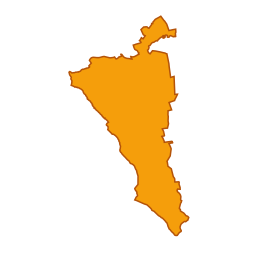 Subcetate, Harghita, Romania, rotated 267°
{"feature_id": "2599482B74327350474583", "entity_name": "Subcetate", "entity_type": "district", "adm_level": 2, "iso_a3": "ROU", "parent_name": "Romania", "parent_adm1": "Harghita", "projection": "orthographic", "projection_center": [25.394, 46.866], "detail": "fine", "context": "isolated", "style": "filled", "palette": "amber", "viewbox_px": 256, "rotation_deg": 267, "n_neighbors": 0, "source": "geoboundaries", "source_scale": "gbopen_adm2", "svg_char_len": 5888}
<svg xmlns="http://www.w3.org/2000/svg" viewBox="0 0 256 256"><g transform="rotate(267 128 128)"><path d="M216.9,180.4L219.9,180.3L220.2,180.3L221.1,180.8L224.2,180.8L223.9,178.4L223.2,174.0L229.7,172.1L233.1,170.0L233.2,169.7L237.9,166.6L236.9,164.7L235.4,161.5L234.9,160.7L233.6,159.6L232.7,158.6L230.9,158.1L231.1,157.1L230.6,157.1L229.5,156.6L226.5,154.1L226.7,153.5L227.9,152.4L228.1,151.6L228.1,151.2L228.0,148.9L225.6,146.1L220.5,148.1L220.0,148.6L219.2,150.0L216.3,147.7L217.5,146.1L215.8,145.1L214.6,144.0L213.9,144.9L213.4,145.2L212.9,145.5L212.6,145.4L212.1,144.1L211.2,140.0L210.9,139.2L210.5,137.6L208.0,138.2L206.2,138.9L205.3,140.2L205.0,140.9L204.6,141.4L203.4,141.9L202.4,142.8L202.1,142.4L201.7,142.3L201.1,142.7L200.5,141.4L199.3,139.0L198.8,137.4L198.8,136.9L198.8,135.9L199.0,135.2L199.3,134.6L199.0,134.4L196.7,135.6L196.7,135.0L197.3,132.6L197.6,130.5L198.4,128.5L199.3,127.3L201.7,125.7L201.7,125.4L202.1,124.9L201.9,124.7L200.4,125.5L200.3,125.3L200.0,125.3L199.7,124.2L199.8,124.2L199.2,122.8L199.4,122.7L198.5,121.8L197.8,120.6L197.6,119.7L198.0,119.3L198.5,119.0L199.3,118.4L199.6,118.3L199.2,116.9L199.0,114.2L199.0,113.6L199.2,112.9L200.3,109.2L200.7,107.9L200.6,106.7L199.9,103.4L199.8,102.6L199.9,100.7L200.4,97.4L200.4,96.5L200.3,96.1L200.1,95.3L199.5,94.4L198.4,93.5L197.6,93.0L194.7,94.7L192.1,92.2L191.9,92.3L191.7,92.6L191.4,92.8L190.8,92.7L190.6,92.5L190.6,92.0L189.9,91.1L190.1,90.1L189.5,89.1L189.7,88.8L188.9,86.6L188.9,86.3L189.1,86.1L189.0,85.6L188.5,84.5L187.3,83.5L187.1,83.1L186.8,81.8L186.5,81.6L186.6,81.3L186.6,80.7L186.4,79.1L186.5,78.6L186.0,77.2L186.1,76.4L185.9,74.8L186.8,73.9L187.4,72.8L186.8,72.0L184.2,72.5L181.6,74.0L180.4,73.6L179.8,73.6L178.3,74.4L177.4,74.4L175.4,74.1L173.6,73.5L172.7,75.5L172.1,76.5L171.6,77.1L171.8,77.8L171.5,78.3L171.5,78.6L171.1,79.2L171.2,79.7L170.9,79.9L171.0,80.2L170.8,80.4L170.5,81.3L170.2,81.8L169.9,82.0L169.5,82.9L168.2,84.4L167.2,85.1L166.4,85.1L165.8,85.5L165.5,85.5L164.4,86.1L164.2,86.3L164.1,86.6L163.3,87.4L162.6,87.5L162.4,87.7L161.5,88.2L160.6,88.9L160.1,88.9L159.5,88.8L159.3,88.8L158.8,89.2L158.8,89.5L158.7,89.8L158.3,89.9L157.8,90.3L157.6,90.7L157.3,90.9L157.1,91.4L155.3,92.5L155.2,92.5L155.0,92.8L154.8,92.9L154.7,93.1L154.4,93.3L153.5,93.4L153.0,93.8L152.8,93.6L152.7,93.6L152.5,93.8L152.2,93.8L150.6,94.9L150.3,95.3L149.9,95.6L149.8,95.8L149.6,95.8L149.5,95.6L149.3,96.0L148.9,96.1L148.8,96.3L148.6,96.4L148.5,96.6L147.3,97.4L147.1,97.8L146.2,98.8L145.2,99.5L144.4,100.5L143.9,100.7L143.5,101.1L143.0,101.4L142.3,102.4L141.7,102.5L141.3,102.9L140.9,103.1L140.7,103.5L140.3,103.6L140.1,103.8L139.8,103.9L139.1,104.7L139.1,105.2L138.9,105.1L138.7,105.2L138.8,105.3L137.3,106.9L136.2,107.9L134.8,108.8L134.6,108.4L133.6,107.2L132.6,106.6L132.1,106.6L131.7,106.9L131.3,107.4L130.3,108.2L128.1,108.0L127.4,107.7L125.8,109.2L124.3,110.5L123.7,111.1L122.8,111.7L122.6,112.2L122.5,113.2L121.0,115.1L119.6,116.3L118.4,117.2L117.4,117.5L116.3,118.2L115.5,118.2L114.0,118.9L113.4,119.0L113.2,118.9L111.7,119.1L110.3,119.6L108.0,119.2L106.4,118.7L106.0,118.9L105.5,118.8L105.2,118.9L104.7,119.2L104.2,119.4L103.7,120.0L102.2,120.8L100.6,122.2L99.9,122.7L98.9,123.7L97.1,125.1L96.0,126.1L95.0,127.3L92.7,128.4L92.5,128.6L91.8,130.3L90.8,131.5L89.7,132.4L86.5,133.5L85.4,134.2L84.3,134.4L83.5,134.6L82.9,134.6L82.0,134.9L81.4,135.0L79.6,135.5L71.1,135.0L67.9,132.1L67.2,131.6L66.6,131.7L65.9,132.0L65.1,132.4L64.0,133.3L63.1,133.5L62.4,133.4L60.4,134.0L59.6,133.8L58.5,132.5L55.8,131.0L55.1,132.8L51.3,140.3L50.3,142.9L47.4,145.8L45.8,147.1L44.5,147.6L43.5,149.6L40.5,152.4L39.4,153.4L38.6,154.3L38.0,155.4L36.7,156.6L36.2,157.7L34.3,159.4L32.8,160.6L32.1,161.0L31.3,161.8L30.0,162.3L27.4,162.9L26.3,163.4L25.2,163.7L24.7,164.1L24.5,164.5L22.4,166.0L21.4,166.9L20.5,167.9L18.8,168.9L18.4,169.4L18.1,170.4L18.2,171.6L20.7,173.6L21.4,174.6L21.7,175.3L22.1,175.7L22.8,175.8L24.2,175.1L25.4,174.8L26.6,174.8L27.4,175.2L28.4,175.5L29.1,175.9L30.2,177.1L31.6,179.3L31.7,179.7L31.4,180.7L31.9,181.4L32.6,182.3L32.7,182.8L35.4,184.0L35.9,183.7L36.4,183.2L36.8,182.9L37.4,181.3L38.7,180.4L40.2,179.2L42.3,176.1L44.0,176.0L44.8,175.1L46.0,175.3L48.6,176.1L50.1,176.6L51.1,177.3L52.6,177.8L52.9,177.1L53.5,176.9L54.0,176.8L56.6,177.2L58.2,176.9L59.4,176.3L60.5,175.5L61.2,174.7L61.4,174.4L62.1,174.0L63.1,173.7L63.6,173.9L64.4,174.3L64.1,176.9L66.0,176.9L69.3,176.0L70.9,176.3L71.6,176.0L71.6,172.1L71.7,171.9L74.6,172.0L75.3,171.8L76.7,170.9L77.5,170.6L85.0,169.1L87.7,165.9L91.7,165.5L92.7,165.2L97.9,168.7L104.9,170.0L106.7,169.5L110.3,168.1L110.7,170.1L110.8,171.7L110.9,171.8L111.5,171.5L112.1,171.5L112.4,171.1L111.8,163.5L112.7,163.5L116.1,162.3L117.9,161.3L118.0,161.6L118.1,163.6L118.6,164.0L122.9,163.3L124.9,162.3L125.4,162.2L125.7,165.1L125.8,167.4L127.5,167.9L130.1,168.7L133.0,168.4L137.4,168.8L139.0,168.6L143.1,168.9L143.8,172.5L151.3,170.3L153.0,176.0L153.6,176.1L158.5,178.9L159.2,179.2L159.1,176.5L177.1,176.7L176.3,173.2L187.3,172.3L190.1,172.2L200.1,170.7L200.4,169.6L200.9,169.0L201.3,167.4L202.2,164.4L203.4,159.7L203.9,156.5L200.9,153.9L201.8,152.8L202.8,152.2L203.3,151.9L204.7,151.6L205.4,152.5L206.6,153.0L207.2,153.2L208.3,152.9L208.6,152.9L208.9,153.0L209.2,154.2L211.2,155.8L211.9,156.6L212.2,157.2L212.2,158.2L213.2,159.8L213.7,160.8L213.5,161.2L213.4,161.8L213.7,162.2L214.2,162.4L214.8,163.1L216.2,164.7L216.7,165.5L217.5,167.3L218.4,167.8L218.4,168.2L218.2,168.9L217.9,169.2L217.6,169.4L217.4,169.4L217.2,169.1L217.3,168.5L217.3,168.1L217.1,167.8L216.9,167.6L216.3,167.6L216.0,167.7L215.9,168.2L216.1,168.9L216.7,169.7L217.1,169.9L217.4,169.9L217.9,169.6L218.4,169.8L218.7,170.1L218.8,170.6L218.7,171.5L218.3,172.2L218.1,172.3L217.5,172.0L216.9,172.0L216.7,172.2L216.5,172.7L216.6,173.5L216.8,174.0L217.7,174.5L218.0,175.1L217.9,175.8L216.8,177.8L216.7,178.3L217.2,179.0L217.1,179.5L216.7,179.7L216.9,180.4Z" fill="#f59e0b" stroke="#b45309" stroke-width="1.5"/></g></svg>